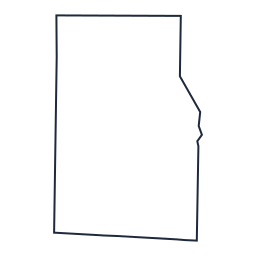 Grady, Georgia, United States of America
{"feature_id": "52423323B79545259368110", "entity_name": "Grady", "entity_type": "district", "adm_level": 2, "iso_a3": "USA", "parent_name": "United States of America", "parent_adm1": "Georgia", "projection": "orthographic", "projection_center": [-84.202, 30.877], "detail": "fine", "context": "isolated", "style": "outline", "palette": "slate", "viewbox_px": 256, "rotation_deg": 0, "n_neighbors": 0, "source": "geoboundaries", "source_scale": "gbopen_adm2", "svg_char_len": 333}
<svg xmlns="http://www.w3.org/2000/svg" viewBox="0 0 256 256"><path d="M56.4,15.4L56.7,57.0L54.1,232.7L56.8,232.8L101.3,235.3L101.9,235.4L116.9,236.0L177.0,239.4L185.3,240.1L196.8,240.6L198.4,146.2L197.3,141.2L201.9,134.8L198.7,126.0L200.2,112.0L179.9,76.3L180.8,15.9L56.4,15.4Z" fill="none" stroke="#1e293b" stroke-width="2"/></svg>